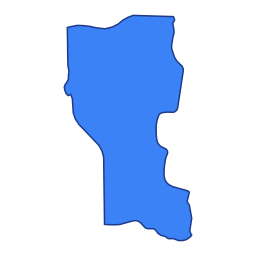 the Department of Donga
{"feature_id": "BEN-2182", "entity_name": "Donga", "entity_type": "Department", "adm_level": 1, "iso_a3": "BEN", "parent_name": "Benin", "parent_adm1": "", "projection": "orthographic", "projection_center": [1.891, 9.258], "detail": "fine", "context": "isolated", "style": "filled", "palette": "blue", "viewbox_px": 256, "rotation_deg": 0, "n_neighbors": 0, "source": "natural_earth", "source_scale": "10m", "svg_char_len": 1987}
<svg xmlns="http://www.w3.org/2000/svg" viewBox="0 0 256 256"><path d="M68.2,95.6L66.1,93.5L64.7,89.9L64.3,87.0L64.9,85.1L67.4,81.2L68.3,79.4L68.4,78.0L68.4,75.1L68.7,73.6L69.0,71.9L67.9,65.2L67.7,54.0L67.5,38.2L67.3,27.6L69.1,27.0L77.1,25.4L83.1,25.6L90.0,26.4L96.0,27.8L105.0,28.8L112.1,27.1L118.1,24.1L122.8,20.2L127.8,17.4L133.1,15.4L173.4,16.6L174.6,19.6L174.5,20.2L174.3,20.9L174.1,21.1L172.8,23.3L174.0,30.4L174.0,33.2L172.9,37.3L171.7,44.8L171.6,47.3L171.8,49.2L174.5,57.2L174.8,57.8L176.7,60.8L179.6,63.9L182.0,66.0L183.2,68.6L183.3,70.6L177.7,107.6L177.2,109.5L176.6,110.3L175.7,111.1L175.2,111.5L174.6,111.9L173.8,112.1L173.0,112.3L167.7,112.1L164.3,112.4L162.0,112.8L161.4,113.0L160.3,113.6L159.0,114.6L156.9,120.8L156.2,125.7L156.2,133.9L156.6,138.5L157.2,141.5L157.5,142.3L158.2,143.5L159.0,144.7L159.9,145.6L160.6,146.2L161.7,146.9L165.9,148.9L166.3,149.3L166.8,149.9L167.4,151.0L167.6,152.0L167.6,152.9L167.4,153.8L166.2,156.7L165.3,160.2L164.6,165.1L164.3,166.7L164.0,173.9L164.2,176.2L164.8,179.2L165.3,180.4L165.8,181.4L166.7,182.5L167.6,183.6L168.8,184.5L170.1,185.3L172.9,186.7L187.1,190.7L188.0,191.1L188.5,191.3L189.3,192.2L188.1,197.3L187.0,201.7L188.4,203.5L189.4,205.4L191.7,218.3L189.8,230.6L190.9,234.1L191.7,234.9L190.6,236.7L188.5,238.2L187.3,239.0L185.6,239.8L183.2,240.5L179.8,240.6L179.0,240.6L178.1,240.4L174.2,238.9L172.5,238.6L169.0,238.7L168.2,238.5L167.5,238.2L165.9,236.9L165.3,236.5L161.1,235.3L159.8,234.6L158.5,233.7L157.5,232.7L155.4,230.0L154.8,229.5L154.2,229.1L153.5,228.8L152.7,228.7L148.4,228.7L147.5,228.6L146.7,228.4L145.9,228.1L145.3,227.7L144.7,227.3L140.9,223.1L139.8,222.2L138.6,221.5L137.0,220.8L136.2,220.6L134.4,220.7L132.1,221.1L119.7,224.5L118.2,224.6L117.4,224.6L114.7,224.8L107.1,224.6L104.5,224.4L104.3,205.1L104.1,191.7L103.9,176.0L103.7,158.0L102.9,154.1L101.8,150.6L98.9,145.4L90.1,136.1L78.7,124.2L78.0,123.0L75.3,118.9L73.3,113.1L72.3,98.5L70.7,94.4L68.2,95.6Z" fill="#3b82f6" stroke="#1e3a8a" stroke-width="1.5"/></svg>